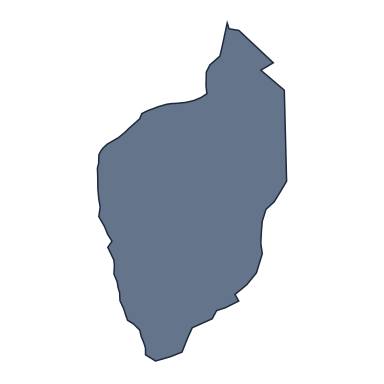 Variseia, Nicosia, Cyprus (orthographic projection)
{"feature_id": "46923920B52002347954875", "entity_name": "Variseia", "entity_type": "district", "adm_level": 2, "iso_a3": "CYP", "parent_name": "Cyprus", "parent_adm1": "Nicosia", "projection": "orthographic", "projection_center": [32.74, 35.114], "detail": "fine", "context": "isolated", "style": "filled", "palette": "slate", "viewbox_px": 384, "rotation_deg": 0, "n_neighbors": 0, "source": "geoboundaries", "source_scale": "gbopen_adm2", "svg_char_len": 1059}
<svg xmlns="http://www.w3.org/2000/svg" viewBox="0 0 384 384"><path d="M227.2,23.0L222.6,44.6L219.9,56.1L209.9,64.9L206.3,72.1L206.0,85.8L206.9,93.7L200.9,97.6L193.6,100.6L185.8,102.4L177.3,103.3L171.3,103.6L166.5,104.3L158.3,106.7L154.4,108.2L147.8,110.6L141.8,113.6L139.7,118.8L128.8,128.5L125.2,132.1L118.5,137.6L111.3,141.8L107.1,144.2L102.9,148.2L100.7,151.2L98.9,154.8L98.6,163.6L97.4,168.2L97.7,176.7L97.9,189.6L98.8,199.1L100.2,207.1L98.8,216.6L104.5,226.5L107.8,234.6L112.0,241.2L107.8,247.3L113.9,260.1L114.4,265.8L113.9,273.9L117.2,281.9L118.1,287.6L119.6,292.8L120.0,300.8L123.8,308.9L125.7,315.1L127.6,320.3L133.7,324.1L139.8,330.2L141.2,336.4L144.1,343.5L145.5,348.2L145.5,354.8L155.5,361.0L171.0,356.5L182.0,352.1L187.9,337.3L192.3,327.7L212.2,318.8L216.6,310.6L225.5,307.7L238.7,301.0L235.0,294.4L246.8,284.7L256.4,272.9L262.3,253.7L260.8,243.3L261.5,230.0L262.3,221.1L266.0,209.3L274.1,201.9L280.0,192.3L286.6,181.2L284.3,90.2L260.8,70.2L273.3,62.8L238.8,30.4L229.1,28.8L227.2,23.0Z" fill="#64748b" stroke="#1e293b" stroke-width="1.5"/></svg>